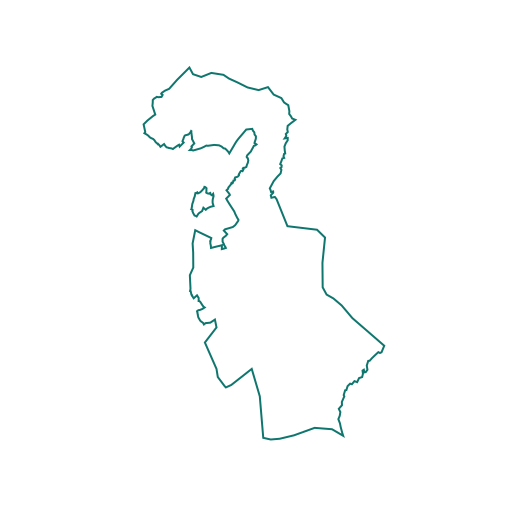 outline of Ilorin South, Kwara, Nigeria, rotated 34°
{"feature_id": "59680162B63804955714699", "entity_name": "Ilorin South", "entity_type": "district", "adm_level": 2, "iso_a3": "NGA", "parent_name": "Nigeria", "parent_adm1": "Kwara", "projection": "equal_earth", "projection_center": [4.582, 8.481], "detail": "fine", "context": "isolated", "style": "outline", "palette": "teal", "viewbox_px": 512, "rotation_deg": 34, "n_neighbors": 0, "source": "geoboundaries", "source_scale": "gbopen_adm2", "svg_char_len": 5349}
<svg xmlns="http://www.w3.org/2000/svg" viewBox="0 0 512 512"><g transform="rotate(34 256 256)"><path d="M191.2,268.6L196.4,281.0L202.0,288.3L210.5,300.7L211.9,308.9L220.1,319.9L220.9,321.9L221.5,321.7L223.4,323.5L223.5,323.7L224.9,324.6L225.1,324.4L225.9,325.0L228.0,325.9L229.1,321.6L232.0,322.9L233.6,325.4L234.1,325.1L235.2,325.1L238.9,326.7L240.9,327.4L242.2,327.4L241.1,330.0L239.6,332.2L238.6,333.1L238.2,334.0L238.0,334.8L239.2,335.7L239.2,335.9L239.5,336.2L240.4,336.9L240.4,337.1L241.5,338.2L242.6,339.2L244.7,340.2L245.6,340.7L246.8,341.0L248.5,341.0L249.8,341.1L250.7,341.7L251.1,341.9L251.6,340.2L252.0,339.5L252.3,339.4L255.4,336.8L257.5,331.7L263.2,337.3L262.0,356.3L286.4,371.7L292.0,377.7L302.7,381.4L304.5,381.8L307.6,376.8L315.6,352.0L337.6,370.2L363.7,402.7L370.8,399.9L377.8,394.3L387.8,383.4L400.7,365.7L415.9,357.1L428.8,356.3L426.4,354.4L421.8,350.4L419.2,347.8L415.5,345.2L414.8,341.7L413.2,338.2L410.1,336.4L410.7,331.6L408.8,329.0L407.7,323.0L406.5,322.3L405.0,317.5L405.9,316.6L404.7,312.7L405.4,309.2L407.2,308.7L407.6,304.7L410.4,304.0L409.7,299.6L411.7,297.0L410.5,293.8L408.4,291.4L409.0,290.0L410.9,291.9L411.9,290.9L412.0,288.0L409.1,284.9L407.7,280.2L408.8,279.3L409.3,275.7L410.2,271.5L411.2,267.3L413.0,267.1L413.9,265.6L412.5,258.7L370.6,253.6L354.7,249.1L343.9,247.9L336.1,248.5L328.8,244.7L314.9,224.5L302.9,202.1L291.9,200.1L265.4,213.7L241.3,197.4L238.6,196.5L236.2,199.1L234.3,197.4L234.9,193.9L234.1,192.9L232.7,194.5L231.2,193.2L229.6,192.2L229.3,188.9L228.8,184.0L229.4,178.1L230.2,173.8L228.9,170.4L227.0,169.5L227.5,168.2L226.6,166.5L224.7,166.3L224.1,163.5L223.3,160.4L224.5,158.9L223.0,157.9L222.2,155.6L222.9,154.7L220.8,152.4L218.4,149.4L217.6,145.8L217.6,142.4L216.3,140.4L214.0,142.5L214.0,139.5L212.5,138.2L213.0,135.4L211.1,133.5L209.5,130.4L210.6,126.7L212.5,121.1L209.0,121.8L207.0,120.7L204.1,119.7L202.7,117.3L198.4,112.9L196.5,113.0L194.8,113.0L193.4,113.0L188.7,110.9L180.4,112.3L171.5,109.3L165.4,117.0L154.7,121.0L143.3,122.5L134.4,124.0L127.7,124.0L122.8,126.3L116.6,129.2L110.5,138.2L102.1,140.5L95.4,137.0L93.6,146.4L92.1,154.0L90.5,166.0L88.2,169.6L86.7,173.3L86.7,174.5L88.5,174.7L88.7,177.0L88.0,177.5L86.5,178.8L84.7,179.6L84.3,180.8L83.5,182.4L83.2,184.4L84.7,186.7L86.2,189.5L93.4,195.1L92.4,197.4L90.3,204.2L89.2,209.7L94.9,215.2L94.8,216.6L97.9,216.4L99.7,216.5L100.7,216.8L102.3,217.0L105.3,216.5L105.9,216.6L107.0,216.8L108.4,217.4L109.4,217.8L109.9,217.8L110.9,217.9L112.1,218.2L112.2,217.8L114.0,218.2L115.7,218.9L117.2,214.6L119.4,215.5L121.1,215.9L122.4,215.4L123.4,215.2L124.6,214.6L125.9,214.0L126.6,213.9L127.3,213.8L127.7,212.5L128.5,210.3L129.2,208.4L130.0,206.8L131.5,208.0L132.6,202.4L131.9,202.2L131.0,202.1L130.6,201.1L130.5,200.0L130.0,198.5L129.6,196.2L129.9,195.4L130.2,195.1L130.6,194.7L131.1,194.2L131.5,193.5L131.8,193.4L132.2,192.7L132.3,191.6L132.5,190.3L132.3,188.6L132.6,188.6L133.1,189.5L134.2,190.7L135.2,191.9L135.7,192.4L136.4,193.2L137.6,194.9L138.1,195.1L141.9,197.2L141.2,201.2L142.0,201.6L142.3,203.5L142.0,205.1L143.7,204.0L144.9,203.7L150.1,197.5L151.9,194.5L153.1,192.2L154.4,191.6L159.2,187.3L163.5,184.9L166.4,184.5L167.7,184.7L169.0,184.8L170.3,184.2L172.2,184.5L173.4,184.8L175.0,185.2L176.5,185.9L176.2,181.1L176.0,177.5L175.8,174.9L175.7,172.1L175.8,169.4L176.1,166.4L176.7,161.3L177.2,156.6L181.8,152.7L183.3,153.8L185.4,154.4L186.9,156.1L189.0,156.8L190.3,158.9L191.3,162.5L191.6,163.2L194.0,163.2L193.6,164.6L192.6,165.9L192.9,168.2L193.0,169.9L193.3,172.3L192.4,177.5L192.8,179.0L193.3,179.4L194.5,179.5L196.2,181.1L197.1,183.3L197.5,185.5L198.2,187.6L197.3,189.1L196.2,190.0L196.2,190.9L197.2,191.2L197.4,193.2L196.4,193.4L196.0,193.9L195.9,194.8L196.0,196.3L196.1,198.0L196.7,198.4L196.7,199.4L196.4,200.5L195.8,201.4L194.8,202.5L195.1,203.9L196.0,204.4L196.0,205.4L195.1,206.1L195.7,207.8L195.9,208.7L195.7,209.1L195.1,208.6L194.8,208.8L194.8,209.5L195.2,210.4L194.8,214.8L195.3,215.8L194.8,218.0L199.2,219.4L200.2,220.0L199.2,225.1L201.4,226.2L205.2,227.9L213.0,231.2L215.4,232.8L218.8,234.7L221.3,235.9L221.6,236.9L221.5,242.1L220.6,244.9L218.4,247.6L215.4,251.2L215.1,252.9L219.9,254.0L219.7,256.1L219.1,257.9L218.7,259.1L218.7,260.5L220.3,262.8L222.9,264.2L223.0,264.6L225.5,265.6L226.5,266.2L225.8,267.1L225.5,267.5L223.8,269.4L222.7,267.7L221.7,266.1L219.9,268.2L218.2,270.0L214.2,274.5L212.7,272.6L210.9,270.9L210.1,269.4L209.7,269.3L209.4,267.4L208.9,266.1L196.0,268.0L191.2,268.6ZM171.7,236.1L171.4,236.8L171.4,237.2L170.6,237.7L171.6,240.2L171.9,240.9L172.4,243.3L173.3,245.4L173.7,246.9L174.1,248.5L174.7,249.7L174.8,250.0L175.1,250.5L175.6,251.6L175.9,252.4L176.3,253.1L176.3,253.3L176.6,253.2L177.2,253.2L177.8,253.3L178.1,254.3L180.0,255.6L182.4,256.8L183.9,256.4L184.7,256.4L184.6,253.4L184.9,252.0L186.2,248.9L185.4,245.4L188.5,245.8L188.8,244.3L189.3,243.1L190.2,241.6L191.0,240.4L192.9,238.3L190.4,236.3L189.4,234.9L188.7,233.7L188.3,232.8L187.4,230.2L186.7,229.3L185.7,228.4L185.5,230.3L184.9,230.3L184.0,230.3L183.7,230.3L183.1,229.5L182.8,229.3L182.5,229.8L182.0,230.7L180.8,231.2L180.0,231.3L179.3,231.3L178.6,229.9L177.9,228.9L177.6,228.4L177.3,228.0L177.1,227.5L176.1,227.3L175.5,227.3L175.1,227.3L174.6,227.5L174.9,228.5L175.0,228.9L175.0,229.5L174.8,230.1L174.7,231.4L174.3,233.6L174.0,234.6L173.6,235.3L173.0,236.4L172.6,236.7L171.7,236.1Z" fill="none" stroke="#0f766e" stroke-width="2"/></g></svg>